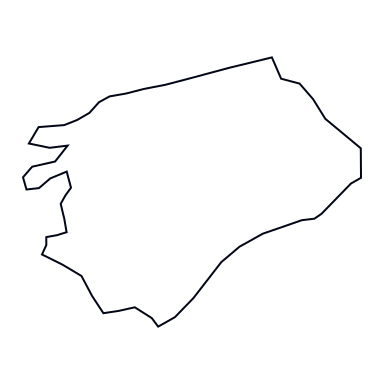 the District of Füzuli
{"feature_id": "AZE-1702", "entity_name": "Füzuli", "entity_type": "District", "adm_level": 1, "iso_a3": "AZE", "parent_name": "Azerbaijan", "parent_adm1": "", "projection": "orthographic", "projection_center": [47.235, 39.552], "detail": "fine", "context": "isolated", "style": "outline", "palette": "ink", "viewbox_px": 384, "rotation_deg": 0, "n_neighbors": 0, "source": "natural_earth", "source_scale": "10m", "svg_char_len": 862}
<svg xmlns="http://www.w3.org/2000/svg" viewBox="0 0 384 384"><path d="M361.0,177.8L351.0,183.5L321.5,213.8L314.4,218.7L301.8,220.2L262.8,233.7L239.5,246.7L221.3,262.1L193.5,298.0L175.0,317.1L158.2,326.6L158.0,326.4L151.8,318.1L134.8,307.3L118.7,310.9L103.4,313.2L92.1,296.0L81.5,276.0L62.2,264.5L42.0,254.5L44.8,248.3L46.3,245.1L46.3,237.1L50.7,236.3L56.9,235.2L66.6,232.2L64.2,218.3L63.5,215.6L60.7,203.8L65.5,195.3L71.0,187.7L66.7,171.6L50.3,178.4L39.0,188.1L26.5,189.5L23.0,177.3L30.6,168.5L32.2,166.7L55.1,161.5L62.0,152.8L67.6,145.6L49.7,147.8L28.9,143.5L38.6,127.1L42.4,126.8L64.2,125.1L77.1,120.0L89.4,112.9L99.0,102.2L109.6,96.4L126.2,93.5L143.3,89.1L154.9,86.8L155.1,86.8L164.9,84.9L186.0,79.4L228.8,67.9L271.9,57.4L281.1,78.7L299.6,83.6L313.1,99.2L325.3,118.8L360.8,148.3L361.0,177.5L361.0,177.8Z" fill="none" stroke="#020617" stroke-width="2"/></svg>